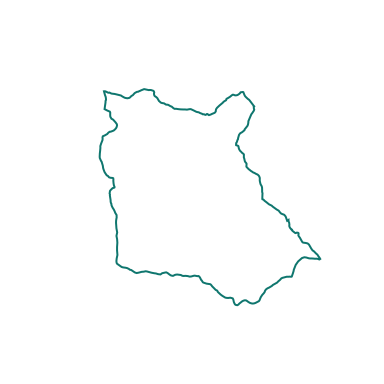 the district of Floresta, Boyacá, Colombia, rotated 320°
{"feature_id": "7082276B22631995474400", "entity_name": "Floresta", "entity_type": "district", "adm_level": 2, "iso_a3": "COL", "parent_name": "Colombia", "parent_adm1": "Boyacá", "projection": "orthographic", "projection_center": [-72.912, 5.862], "detail": "fine", "context": "isolated", "style": "outline", "palette": "teal", "viewbox_px": 384, "rotation_deg": 320, "n_neighbors": 0, "source": "geoboundaries", "source_scale": "gbopen_adm2", "svg_char_len": 6055}
<svg xmlns="http://www.w3.org/2000/svg" viewBox="0 0 384 384"><g transform="rotate(320 192 192)"><path d="M247.1,292.0L247.1,291.7L247.0,291.4L246.6,290.9L246.0,290.4L245.1,290.2L244.8,289.9L244.6,289.4L244.3,287.8L244.1,286.9L244.0,286.3L244.0,284.8L244.3,284.8L244.0,283.0L244.3,281.4L244.7,280.5L245.5,279.8L246.0,279.0L246.5,278.3L246.8,277.7L247.0,276.7L248.0,275.4L246.4,275.2L247.8,271.5L248.0,270.8L248.0,268.9L247.8,268.3L247.0,267.0L246.4,265.7L246.3,264.3L246.4,262.1L246.3,261.7L245.6,259.8L244.4,254.9L244.3,253.7L243.1,251.0L242.4,247.4L241.9,245.3L241.9,244.2L241.8,243.7L241.3,242.9L241.3,242.6L244.7,238.8L245.2,238.3L245.8,237.0L246.5,236.2L246.8,235.8L248.4,233.8L249.1,232.4L249.5,230.2L249.9,229.3L250.7,227.7L251.4,226.6L252.8,225.0L253.1,224.5L253.6,223.0L253.6,221.8L253.4,220.6L252.9,219.8L252.0,217.3L251.5,216.6L251.0,214.7L250.6,213.5L250.4,212.2L250.1,211.0L249.9,207.9L250.0,207.5L251.9,205.5L252.1,204.7L252.1,203.2L252.2,202.6L252.4,202.1L253.1,200.8L253.6,199.8L253.9,198.9L255.8,196.7L255.9,196.4L255.9,195.8L255.5,194.0L255.5,192.8L255.3,191.2L255.6,189.6L255.9,188.7L256.8,187.1L257.0,186.5L256.9,186.1L255.9,184.5L256.0,184.3L257.3,182.9L257.7,182.9L258.5,182.5L259.1,182.2L259.6,181.8L260.5,181.3L261.0,181.2L261.3,181.0L261.9,180.4L264.7,178.5L266.1,178.1L266.7,178.0L268.9,178.4L271.9,178.4L272.5,177.9L276.9,177.0L278.1,176.4L279.0,175.7L280.0,174.8L280.7,174.0L286.0,171.3L287.4,170.6L288.8,170.3L291.5,169.5L292.6,168.9L293.0,167.9L293.7,167.0L294.1,166.3L294.4,166.3L294.7,166.3L294.7,166.1L294.7,165.1L295.0,159.0L295.0,158.0L294.6,156.5L294.3,153.7L294.3,152.4L294.6,151.2L295.5,148.5L295.1,148.0L294.8,147.7L294.1,147.4L293.4,146.9L293.0,146.9L292.2,147.2L291.0,147.2L289.3,147.0L288.4,146.6L287.5,146.0L287.1,145.6L286.3,144.2L285.8,143.7L284.7,143.5L282.4,143.5L280.2,143.2L278.8,142.9L278.1,142.9L277.3,143.5L277.0,143.6L275.4,143.3L274.1,143.2L272.9,143.4L268.6,143.4L265.3,143.6L263.6,144.1L262.8,144.7L262.2,145.4L261.2,145.8L260.6,145.9L259.9,145.8L257.4,145.0L256.1,144.7L254.4,144.0L254.2,143.6L254.1,143.3L254.1,142.9L254.0,142.3L253.9,142.2L253.4,141.8L252.4,141.8L251.8,141.5L251.1,140.1L250.9,139.9L250.4,139.6L250.2,139.4L249.9,138.4L248.9,136.7L248.4,135.3L247.3,134.0L246.8,133.2L245.7,130.6L244.9,128.9L244.6,128.2L244.1,127.5L243.1,126.8L241.1,125.7L239.8,124.4L238.4,123.2L236.1,121.1L234.3,119.2L233.3,118.0L232.2,117.2L231.7,116.0L231.3,113.5L230.6,112.3L230.0,110.5L229.7,109.8L229.5,109.5L229.0,109.1L228.2,108.2L227.6,106.2L226.1,104.4L225.5,103.3L225.4,102.0L225.2,101.1L225.8,97.7L225.6,96.2L225.2,94.9L225.1,94.4L225.3,93.6L225.5,93.1L226.1,92.2L227.1,91.4L227.5,90.3L227.4,89.8L227.3,89.4L226.1,87.5L225.0,86.5L224.5,86.3L221.7,82.7L221.4,82.4L218.4,81.4L217.4,81.2L216.7,80.9L215.3,80.6L214.2,79.9L213.3,79.7L212.4,79.5L211.5,79.4L208.9,79.8L207.3,79.5L205.4,79.7L204.5,79.6L203.5,79.1L202.8,78.7L201.9,77.7L201.2,76.8L200.8,76.0L200.0,73.9L199.6,72.4L197.2,69.1L195.7,67.1L193.8,65.1L193.3,64.3L192.7,62.8L192.0,62.4L191.6,62.0L190.5,59.5L190.0,58.8L189.3,58.3L187.7,61.7L187.0,63.7L186.2,65.0L185.3,66.2L184.4,66.6L183.2,67.9L178.3,72.3L179.4,75.0L180.7,77.6L180.4,78.6L178.6,80.7L177.8,81.9L177.4,84.2L177.8,85.0L178.1,86.0L178.2,89.6L178.0,91.8L177.4,92.8L176.0,93.8L174.8,94.3L173.6,94.5L171.8,94.6L170.6,94.3L168.4,93.5L167.8,93.0L166.4,92.8L165.4,92.9L164.4,93.1L161.6,92.6L159.5,92.0L158.6,92.6L157.7,93.8L156.8,94.7L153.5,96.5L151.3,97.9L150.1,99.4L148.0,101.5L146.2,103.2L143.9,105.7L143.2,106.7L142.3,109.7L142.3,110.5L140.6,114.5L139.4,116.4L138.9,117.5L138.1,119.7L137.8,120.7L137.5,123.3L137.4,124.4L137.9,125.7L137.9,127.4L138.7,128.7L140.2,130.2L140.5,130.8L140.0,131.7L138.9,132.9L137.5,134.9L136.4,136.8L135.9,138.4L135.5,138.7L134.9,138.6L133.7,138.0L131.0,138.2L129.8,138.5L127.9,140.2L127.6,141.1L126.9,141.8L124.4,145.9L123.4,147.2L122.8,148.4L122.7,149.1L121.9,150.3L121.5,151.4L121.1,153.0L120.8,155.3L120.3,157.2L119.8,158.6L119.4,161.2L117.7,163.3L117.1,163.7L115.3,165.3L113.9,166.9L112.4,169.0L110.8,171.2L108.7,174.9L107.4,175.9L105.9,177.1L104.3,180.0L102.2,182.9L99.2,186.0L97.1,188.5L94.4,192.3L93.5,193.0L91.7,194.4L89.7,196.3L88.7,197.8L88.5,198.9L89.9,204.2L90.7,205.4L92.5,207.4L93.4,208.6L94.2,210.4L94.4,211.5L95.3,212.7L96.5,216.9L97.5,218.5L99.3,219.5L102.1,220.8L103.8,222.0L105.5,222.9L106.4,223.9L109.1,227.8L110.8,229.9L112.0,231.2L113.2,233.1L114.2,234.2L114.9,234.9L116.7,235.0L117.3,235.2L118.8,236.0L119.8,236.5L120.6,237.0L121.2,238.3L121.6,240.2L122.1,242.1L123.1,243.6L123.7,244.1L125.5,244.5L126.6,245.0L127.7,245.8L130.1,248.4L130.5,249.5L131.2,250.6L132.1,251.3L133.2,252.1L134.8,253.8L135.8,255.3L137.1,256.2L139.3,257.2L140.3,257.8L142.0,259.9L142.9,260.5L143.2,261.4L143.1,262.8L142.5,265.2L142.6,265.9L142.3,268.1L142.5,268.7L144.2,271.5L146.5,274.1L146.8,274.6L146.9,275.2L146.9,276.2L146.8,277.2L147.0,279.3L147.2,282.2L147.8,283.4L147.9,283.9L147.6,284.9L147.6,285.7L148.0,288.9L148.5,291.0L149.6,294.3L150.6,295.5L151.8,296.6L153.3,297.5L154.2,298.7L154.8,299.7L154.5,301.0L153.4,303.0L152.9,304.6L152.7,305.8L153.0,306.7L153.9,307.8L155.2,308.1L156.3,307.9L160.3,308.0L161.5,308.3L162.5,308.7L163.3,309.3L163.8,309.9L164.2,311.2L164.5,312.5L165.1,314.2L166.0,315.6L166.6,316.3L167.7,317.1L168.8,317.6L169.8,317.9L173.0,318.6L174.0,318.4L177.0,316.8L179.6,316.0L181.9,315.7L183.4,315.3L184.3,314.7L185.2,314.4L186.1,314.2L187.9,314.3L189.7,314.8L192.8,315.3L194.2,315.2L198.9,316.1L200.7,315.9L202.8,315.9L204.9,315.6L206.1,315.9L210.1,317.8L212.8,320.0L213.5,320.7L214.1,320.9L217.1,319.1L219.1,317.8L220.0,317.0L224.6,314.5L228.7,313.4L233.8,313.3L236.1,314.2L237.4,315.6L238.9,317.9L239.8,318.9L241.8,320.6L243.1,322.0L244.6,323.2L245.2,323.9L245.5,324.2L245.9,325.1L246.3,325.6L247.2,325.7L247.4,324.6L247.6,321.8L247.8,320.6L247.5,319.0L247.3,316.0L247.1,315.0L246.8,314.4L246.9,313.2L247.0,311.9L247.8,307.5L247.7,306.7L247.5,305.7L246.4,304.2L244.6,302.2L244.4,301.6L244.4,300.8L245.3,296.1L245.3,295.2L245.5,293.8L245.7,293.5L246.8,292.5L247.1,292.0Z" fill="none" stroke="#0f766e" stroke-width="2"/></g></svg>